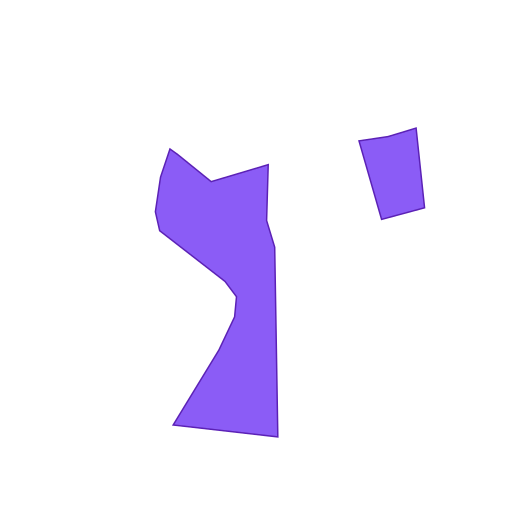 Ad Dawhah, Natural Earth projection, rotated 208°
{"feature_id": "QAT-1099", "entity_name": "Ad Dawhah", "entity_type": "Municipality", "adm_level": 1, "iso_a3": "QAT", "parent_name": "Qatar", "parent_adm1": "", "projection": "natural_earth1", "projection_center": [51.524, 25.27], "detail": "fine", "context": "isolated", "style": "filled", "palette": "violet", "viewbox_px": 512, "rotation_deg": 208, "n_neighbors": 0, "source": "natural_earth", "source_scale": "10m", "svg_char_len": 434}
<svg xmlns="http://www.w3.org/2000/svg" viewBox="0 0 512 512"><g transform="rotate(208 256 256)"><path d="M249.8,67.9L244.6,155.6L246.3,192.2L254.1,210.9L271.4,219.0L352.9,233.1L365.6,247.8L377.3,280.8L382.2,310.1L372.7,308.8L330.5,300.6L288.1,342.4L263.3,292.3L243.6,272.5L151.8,106.5L249.8,67.9ZM219.1,406.0L195.5,423.4L174.7,444.1L129.8,377.7L162.3,347.3L219.1,406.0Z" fill="#8b5cf6" stroke="#5b21b6" stroke-width="1.5"/></g></svg>